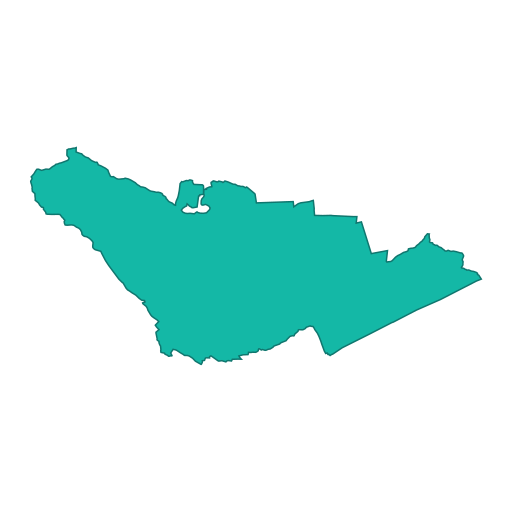 outline of Carligele, Vrancea, Romania
{"feature_id": "2599482B24522284823020", "entity_name": "Carligele", "entity_type": "district", "adm_level": 2, "iso_a3": "ROU", "parent_name": "Romania", "parent_adm1": "Vrancea", "projection": "natural_earth1", "projection_center": [27.055, 45.686], "detail": "fine", "context": "isolated", "style": "filled", "palette": "teal", "viewbox_px": 512, "rotation_deg": 0, "n_neighbors": 0, "source": "geoboundaries", "source_scale": "gbopen_adm2", "svg_char_len": 6016}
<svg xmlns="http://www.w3.org/2000/svg" viewBox="0 0 512 512"><path d="M361.4,221.9L356.2,223.1L356.9,216.6L353.1,216.6L333.8,215.7L331.4,215.5L331.3,215.4L322.8,215.6L314.6,215.4L314.1,210.3L314.2,208.6L313.3,200.4L312.1,200.7L309.2,201.7L300.8,202.8L298.2,203.7L293.8,206.8L293.2,201.6L256.4,202.9L255.1,194.4L254.8,193.7L247.3,187.4L246.4,187.0L245.6,187.7L244.7,187.4L243.8,186.7L242.7,186.4L240.5,186.4L239.8,186.0L237.8,185.8L235.2,184.3L233.1,184.2L228.2,182.0L224.9,181.0L223.5,182.2L222.9,182.5L222.2,181.9L218.8,181.1L217.9,181.8L216.9,181.9L214.1,181.0L213.2,180.9L213.1,181.3L211.3,182.2L211.0,182.8L211.1,183.5L211.8,186.0L211.8,186.7L209.4,187.0L206.1,188.5L206.4,189.3L203.9,189.4L203.7,193.2L203.8,194.1L204.2,195.2L203.7,196.8L201.8,199.0L201.2,200.8L201.1,203.9L201.5,204.6L202.1,205.1L203.5,205.0L205.5,204.4L206.7,204.9L208.9,206.1L210.1,208.0L209.6,209.6L206.5,212.8L203.5,213.3L200.3,213.2L197.8,212.5L197.0,211.9L196.0,212.5L194.3,213.8L190.1,213.3L187.4,213.5L185.1,213.2L182.8,212.1L181.3,210.1L183.0,208.1L185.2,206.6L186.6,206.0L187.1,203.9L188.6,205.1L189.2,205.9L190.3,206.6L191.0,206.8L191.3,207.2L192.0,207.7L193.4,207.7L197.1,207.0L198.6,196.0L199.7,195.8L199.8,194.8L203.5,194.3L203.6,187.3L203.4,185.7L202.8,185.1L202.4,184.8L193.8,184.4L192.5,182.2L192.5,180.6L191.0,180.1L189.8,179.9L188.1,180.7L186.4,180.5L182.9,181.8L182.1,181.8L181.7,181.6L180.1,183.6L179.3,190.6L178.2,196.1L177.6,198.0L176.3,200.9L175.5,203.6L175.5,205.3L175.0,205.2L173.9,204.7L172.4,203.2L169.2,201.8L168.1,200.8L166.8,199.1L166.1,198.7L165.9,197.3L164.9,196.4L163.0,195.4L162.7,194.8L162.6,194.3L161.8,193.4L160.3,192.7L158.3,192.2L156.3,192.3L154.1,191.7L150.6,191.1L148.6,190.0L145.3,187.8L142.9,187.1L140.6,186.8L138.9,185.5L137.4,184.7L135.3,182.7L130.7,180.0L128.2,178.9L125.1,178.2L124.0,178.7L118.7,179.2L116.6,178.7L113.4,176.6L112.0,176.8L110.5,176.4L108.7,172.5L107.9,170.1L105.4,168.2L100.8,165.8L98.2,164.8L98.0,164.0L97.2,162.5L96.9,162.2L95.3,162.3L92.2,160.9L91.4,160.5L88.3,157.9L85.4,157.0L82.8,155.1L81.7,153.8L79.9,153.4L76.1,152.0L76.2,147.6L74.8,148.1L73.2,148.2L70.3,148.9L68.5,149.0L67.7,149.5L67.4,149.9L67.0,149.9L66.9,155.2L67.5,156.2L68.7,157.5L69.0,158.5L68.4,159.6L67.6,160.4L61.3,162.8L59.5,163.2L57.3,164.1L56.0,164.2L54.6,165.5L52.4,166.7L49.2,169.3L45.9,169.1L41.9,170.3L41.3,170.3L38.6,169.2L37.4,169.2L36.8,169.3L35.2,171.6L34.0,173.7L31.2,176.9L31.8,177.6L32.0,178.6L31.7,179.5L30.8,181.0L30.7,181.4L31.0,182.9L31.6,184.6L32.1,186.8L32.2,187.5L32.0,188.9L32.4,190.0L32.2,190.9L32.6,191.5L34.9,193.6L35.0,196.1L35.3,198.6L35.2,200.3L38.3,202.8L39.2,204.1L39.4,204.7L41.5,207.1L42.9,207.3L43.4,207.6L43.5,208.1L43.4,209.2L45.7,212.2L46.1,213.9L47.2,214.2L51.9,214.4L58.2,214.3L60.0,214.5L62.2,217.4L63.4,218.4L63.8,219.2L64.7,220.0L64.8,220.5L64.2,221.6L64.3,222.5L64.5,223.5L65.2,225.0L67.2,225.2L71.4,224.9L73.4,225.2L74.2,225.5L76.4,227.1L78.7,228.1L80.4,229.6L81.0,230.8L81.7,232.2L82.0,234.3L82.7,235.2L84.2,236.3L86.5,236.7L87.5,237.2L89.5,238.4L91.9,240.7L93.1,242.5L92.7,246.1L92.9,247.6L93.8,248.7L95.2,249.7L100.8,251.3L101.9,253.7L105.5,260.6L108.8,265.6L118.9,279.2L122.3,282.5L123.1,283.0L126.1,288.2L127.6,289.9L129.5,291.0L132.0,292.8L135.8,295.1L139.2,298.4L141.7,300.2L144.5,300.5L145.0,302.0L144.7,302.3L143.6,302.4L142.6,302.9L142.9,303.7L146.1,306.3L147.2,308.0L148.0,310.4L150.7,314.9L151.9,316.3L153.6,317.6L157.2,320.0L158.7,321.6L155.3,325.2L156.6,327.1L159.0,329.6L156.0,332.2L156.0,333.1L157.2,339.0L157.0,339.6L157.3,340.2L159.0,341.4L159.0,342.7L159.3,343.7L159.9,345.1L160.5,345.9L160.9,349.5L160.7,350.9L161.0,352.4L164.6,353.2L165.0,354.2L167.7,355.4L168.4,356.2L169.5,356.2L170.6,355.8L171.8,355.9L172.0,355.6L170.7,353.0L173.1,349.3L174.0,349.6L175.1,349.7L176.8,350.4L180.6,352.9L183.2,354.4L184.4,355.4L187.4,355.5L189.2,356.0L192.7,358.3L195.4,361.2L201.1,364.4L201.4,364.2L202.2,362.6L202.4,361.5L202.3,360.7L204.5,360.4L205.3,358.2L206.0,357.8L209.6,357.9L209.6,356.6L210.8,355.9L211.4,356.1L218.0,360.8L218.8,361.1L221.9,360.7L225.9,361.9L226.6,361.1L227.6,360.7L228.6,360.6L231.5,361.0L232.3,359.3L238.2,359.1L241.3,359.2L239.7,357.4L238.9,355.9L243.1,354.8L248.0,354.6L248.4,353.5L248.5,352.3L250.9,352.5L252.5,352.2L255.5,352.3L256.5,352.0L258.0,351.0L258.3,350.6L258.3,349.8L258.7,348.9L259.0,348.8L259.4,348.8L260.6,349.6L261.4,350.0L262.3,349.5L265.1,350.3L266.1,350.2L268.2,349.3L270.2,349.0L273.0,347.2L273.8,346.2L274.8,345.7L279.7,344.0L280.1,343.4L281.3,342.6L286.1,340.7L287.2,339.2L290.0,336.4L292.4,335.7L293.3,335.9L294.0,335.8L294.3,335.4L294.4,334.8L295.0,333.9L298.0,331.3L298.3,330.0L298.7,329.7L302.8,329.8L303.9,329.3L305.5,328.4L305.9,327.6L306.5,327.2L309.8,326.0L310.4,325.9L310.9,326.3L313.0,326.5L314.1,328.1L314.8,329.6L317.4,333.2L319.0,336.5L320.8,341.1L321.8,344.2L324.3,351.0L325.7,353.5L327.1,353.0L327.9,354.4L328.7,354.2L329.1,354.9L329.7,355.1L330.1,355.5L331.8,354.4L332.6,354.2L342.3,347.7L369.8,333.9L391.8,322.6L393.3,322.1L416.4,310.1L440.5,299.5L476.5,281.0L481.3,279.1L478.8,275.2L477.5,274.5L477.5,273.3L477.3,273.1L476.3,272.4L473.5,271.4L471.4,271.1L468.8,270.0L466.7,270.1L465.9,269.4L464.9,269.3L463.9,268.4L461.6,267.9L461.4,267.6L461.5,267.2L462.6,265.6L462.9,264.7L462.9,263.1L463.1,261.8L462.4,260.4L462.3,259.3L463.5,256.5L463.6,255.8L463.4,255.2L462.3,253.4L461.8,253.0L460.4,252.9L456.3,251.7L453.4,251.1L450.9,251.4L448.1,250.3L446.4,251.1L445.0,250.9L443.7,249.6L443.1,249.3L441.1,247.6L439.0,246.9L437.5,245.6L436.9,245.2L435.3,245.4L434.8,244.9L433.2,244.3L432.7,243.1L432.4,242.8L430.1,242.5L429.5,241.9L429.9,239.7L429.3,237.9L429.1,234.6L429.3,234.0L427.4,233.8L425.3,236.2L424.8,236.8L424.3,238.5L423.0,239.8L422.1,241.1L420.4,242.3L418.8,244.0L416.5,245.7L415.6,247.0L415.1,247.4L413.1,248.1L410.7,248.3L408.6,248.8L408.3,249.1L408.2,250.4L407.9,250.8L406.5,251.6L403.6,252.4L400.1,254.5L397.7,255.6L395.5,257.2L392.2,260.7L390.8,261.5L387.8,261.8L387.0,262.1L386.3,261.3L387.5,250.6L371.3,253.6L361.4,221.9Z" fill="#14b8a6" stroke="#0f766e" stroke-width="1.5"/></svg>